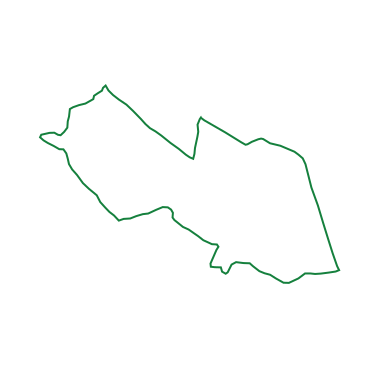 Älvdalen, Dalarna, Sweden (Mercator projection), rotated 155°
{"feature_id": "70781695B70096269486185", "entity_name": "Älvdalen", "entity_type": "district", "adm_level": 2, "iso_a3": "SWE", "parent_name": "Sweden", "parent_adm1": "Dalarna", "projection": "mercator", "projection_center": [13.302, 61.645], "detail": "fine", "context": "isolated", "style": "outline", "palette": "green", "viewbox_px": 384, "rotation_deg": 155, "n_neighbors": 0, "source": "geoboundaries", "source_scale": "gbopen_adm2", "svg_char_len": 1753}
<svg xmlns="http://www.w3.org/2000/svg" viewBox="0 0 384 384"><g transform="rotate(155 192 192)"><path d="M91.7,59.0L91.8,63.5L90.4,77.2L88.4,92.5L86.2,108.6L83.6,126.6L81.9,145.6L77.4,169.2L77.4,175.7L79.7,180.8L82.1,185.2L92.4,196.6L100.7,203.2L105.1,209.9L106.8,211.2L109.7,211.8L116.5,212.2L121.5,211.8L123.5,212.2L126.4,216.3L136.7,232.0L150.6,251.8L152.5,255.4L152.5,255.7L154.1,254.8L158.5,250.7L160.9,243.9L163.9,239.6L170.7,230.6L173.7,225.5L176.9,221.6L179.4,224.4L181.8,228.4L185.7,236.6L190.8,245.6L196.0,256.2L199.5,262.4L203.1,267.6L205.5,273.3L207.4,279.6L211.2,290.5L214.5,298.9L219.1,306.5L222.6,313.3L224.8,319.3L225.3,325.0L228.6,324.0L230.8,321.9L235.7,321.3L240.1,320.6L242.2,317.9L251.2,317.2L257.7,318.5L263.9,319.1L267.6,318.8L271.6,312.3L274.7,308.6L277.8,303.0L282.5,300.5L287.1,299.0L289.3,300.5L291.7,303.9L296.1,305.8L304.4,307.6L306.6,305.8L304.7,301.5L302.0,297.4L297.9,292.2L294.2,286.9L290.5,285.0L289.6,280.1L290.5,274.8L291.7,269.3L291.1,263.1L289.0,256.0L287.1,246.1L284.0,238.3L279.7,229.3L279.4,221.6L277.2,214.5L275.3,208.9L272.6,203.7L270.4,197.0L265.3,196.5L259.2,194.1L252.7,193.7L245.9,192.7L240.8,191.0L232.0,191.0L224.9,190.7L220.4,188.3L218.4,184.9L218.1,181.2L220.4,177.1L219.8,174.0L218.1,170.6L215.0,164.2L210.9,159.4L207.2,153.0L205.2,149.6L202.1,143.5L198.0,138.7L196.0,136.3L191.6,133.9L191.2,131.2L194.3,129.2L200.4,123.8L205.5,119.3L206.5,116.3L203.1,114.2L197.7,111.5L198.4,107.1L196.0,103.7L193.6,104.1L190.2,106.8L186.8,109.5L181.7,109.8L179.0,108.1L175.3,105.8L169.8,103.0L168.1,99.0L164.4,91.8L160.6,87.7L156.2,84.0L152.5,78.2L147.4,71.1L142.6,68.7L132.1,68.7L124.0,70.4L118.9,68.0L115.1,65.7L109.7,63.6L102.2,61.2L95.4,59.2L91.7,59.0Z" fill="none" stroke="#15803d" stroke-width="2"/></g></svg>